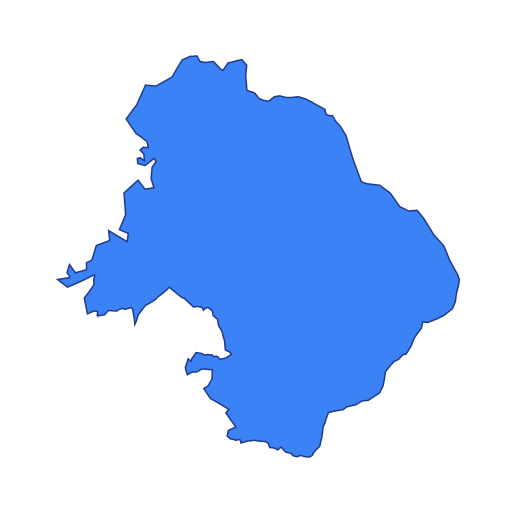 Athienou, Larnaca, Cyprus, rotated 354°
{"feature_id": "46923920B40180058129311", "entity_name": "Athienou", "entity_type": "district", "adm_level": 2, "iso_a3": "CYP", "parent_name": "Cyprus", "parent_adm1": "Larnaca", "projection": "natural_earth1", "projection_center": [33.526, 35.059], "detail": "fine", "context": "isolated", "style": "filled", "palette": "blue", "viewbox_px": 512, "rotation_deg": 354, "n_neighbors": 0, "source": "geoboundaries", "source_scale": "gbopen_adm2", "svg_char_len": 3566}
<svg xmlns="http://www.w3.org/2000/svg" viewBox="0 0 512 512"><g transform="rotate(354 256 256)"><path d="M232.9,58.1L225.8,58.3L220.7,56.7L218.1,50.8L213.3,50.8L212.0,50.5L211.7,50.5L203.1,53.3L197.5,60.6L191.3,69.2L174.2,76.6L164.0,74.5L163.9,74.8L163.7,75.1L153.3,93.0L141.2,106.1L146.4,115.9L149.7,121.9L153.6,125.1L159.8,131.1L160.1,136.9L155.0,136.1L151.7,138.6L155.1,142.6L155.0,149.7L151.1,146.1L148.2,146.6L148.1,151.7L155.3,154.4L164.7,148.3L166.6,151.6L162.0,156.7L159.8,167.9L159.8,168.1L161.6,177.4L152.5,177.9L147.1,169.0L146.6,168.2L145.3,169.2L131.3,179.5L130.8,198.6L130.7,201.3L122.9,215.5L131.3,220.2L131.3,220.3L130.5,223.6L130.0,225.6L129.3,228.2L124.5,224.7L112.1,215.4L112.1,221.4L112.1,225.3L108.8,226.1L98.3,228.9L92.4,242.8L90.1,243.8L86.7,245.0L86.3,249.4L85.8,252.0L76.8,253.4L76.2,253.6L74.7,253.9L73.6,252.0L71.4,248.2L69.6,245.0L69.2,246.0L66.3,252.8L68.7,257.2L68.5,258.0L56.2,258.6L65.3,267.3L66.0,267.0L66.6,266.8L68.3,266.3L77.8,263.4L93.4,257.8L93.4,259.2L92.3,261.8L91.8,267.3L91.8,267.7L86.7,273.7L80.8,279.9L80.9,280.4L81.9,291.6L82.3,295.9L89.1,293.8L91.1,294.1L92.7,294.8L91.9,298.5L92.7,298.5L92.7,299.1L92.8,299.0L99.1,298.7L102.1,296.0L103.8,294.8L111.8,296.2L114.2,294.8L114.3,294.8L114.9,294.6L115.3,294.6L115.9,294.5L116.6,294.3L117.5,294.2L120.3,295.3L126.8,294.2L127.7,296.1L128.4,304.8L128.4,311.3L130.5,307.6L130.6,307.0L131.6,304.8L132.8,302.1L137.2,297.5L140.7,293.7L146.7,291.1L151.6,288.7L153.3,286.9L158.0,284.1L163.3,280.6L166.4,278.0L178.5,290.1L180.0,290.2L182.9,293.7L188.4,300.1L192.8,300.1L197.1,301.5L198.0,304.4L200.3,302.7L202.9,302.1L206.9,306.1L207.2,310.8L211.1,314.8L211.5,321.2L214.4,327.8L214.8,331.7L215.9,337.4L215.7,342.8L215.7,346.3L219.7,348.7L221.2,351.4L215.2,354.3L209.4,355.0L206.8,351.6L203.1,351.5L202.2,349.9L197.5,349.0L194.2,349.1L191.9,347.3L186.3,345.8L181.3,351.6L180.2,353.8L177.8,351.2L174.0,359.7L175.2,366.9L180.2,364.8L184.9,365.1L190.5,362.7L200.7,364.6L199.9,370.1L199.4,373.6L194.7,380.3L190.2,382.3L195.8,393.0L202.6,397.7L210.1,403.5L212.9,405.9L209.6,409.0L214.3,417.3L218.1,424.0L210.3,426.5L208.5,432.0L211.5,435.3L213.3,435.6L215.0,436.3L216.7,437.2L219.8,436.7L221.3,437.6L221.5,440.4L226.0,439.6L228.9,439.0L231.7,439.4L234.0,438.9L239.7,440.4L246.0,441.5L248.7,443.8L249.6,447.9L253.6,448.7L257.4,451.1L260.9,448.6L265.2,454.3L269.9,455.8L272.3,458.7L275.9,459.9L279.7,459.0L283.6,460.7L288.3,461.5L291.2,460.1L292.9,457.4L295.2,455.3L299.5,451.9L301.0,447.2L302.5,443.2L303.9,437.6L304.6,433.5L307.3,428.9L308.3,426.0L311.7,419.2L317.7,418.5L326.8,417.8L330.6,415.5L340.1,414.3L346.0,411.3L352.4,411.3L364.7,405.0L369.0,397.9L370.8,391.9L372.6,384.7L378.2,378.9L382.0,375.5L387.1,373.6L391.8,369.5L395.0,369.2L400.5,362.2L405.1,353.7L413.1,344.8L414.9,338.9L419.8,340.1L429.1,337.5L436.7,334.7L445.9,328.9L449.5,322.2L450.0,320.0L451.4,314.2L454.3,306.4L455.8,300.8L454.6,295.7L448.4,281.1L445.3,270.4L443.9,265.7L435.1,253.6L426.7,236.1L421.0,227.4L412.4,227.2L404.0,221.8L396.1,207.5L386.4,198.6L373.3,195.6L368.5,193.1L363.5,173.6L361.5,164.6L358.2,145.9L353.5,136.0L349.2,130.2L346.8,124.5L343.6,124.0L342.2,123.5L340.4,122.3L339.8,117.3L335.8,114.6L331.2,111.5L328.4,109.4L326.2,107.9L322.8,105.7L321.8,105.0L314.6,102.0L307.8,102.1L302.4,101.5L301.1,101.0L296.3,99.2L290.9,99.5L284.6,103.5L279.6,101.9L276.1,100.1L275.6,99.8L271.9,94.1L271.6,93.7L264.3,90.4L264.6,75.3L265.8,69.6L266.7,65.3L262.4,59.2L257.5,59.8L248.6,61.1L248.1,61.2L246.7,63.1L242.5,67.9L240.2,66.3L234.0,58.1L232.9,58.1Z" fill="#3b82f6" stroke="#1e3a8a" stroke-width="1.5"/></g></svg>